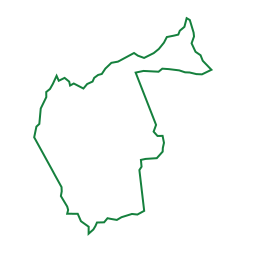 outline of Muliterno, Rio Grande do Sul, Brazil, rotated 78°
{"feature_id": "56859067B58975404223376", "entity_name": "Muliterno", "entity_type": "district", "adm_level": 2, "iso_a3": "BRA", "parent_name": "Brazil", "parent_adm1": "Rio Grande do Sul", "projection": "albers", "projection_center": [-51.789, -28.312], "detail": "fine", "context": "isolated", "style": "outline", "palette": "green", "viewbox_px": 256, "rotation_deg": 78, "n_neighbors": 0, "source": "geoboundaries", "source_scale": "gbopen_adm2", "svg_char_len": 1161}
<svg xmlns="http://www.w3.org/2000/svg" viewBox="0 0 256 256"><g transform="rotate(78 128 128)"><path d="M32.8,47.8L40.8,51.8L43.6,57.1L47.1,59.4L47.2,63.8L47.1,71.1L52.0,75.1L57.1,81.4L60.1,87.3L62.8,97.7L59.3,103.3L55.9,106.5L61.0,124.0L60.8,130.7L65.2,137.8L69.7,142.4L69.9,146.2L71.9,150.6L75.2,153.0L76.5,158.8L80.1,163.4L76.4,167.9L73.2,171.8L74.4,175.8L70.4,175.9L65.8,179.6L67.4,185.9L62.1,187.0L69.2,192.3L73.6,196.2L75.8,200.5L80.8,201.5L90.8,209.3L105.6,213.9L107.6,217.3L117.6,221.7L152.7,211.1L159.2,209.2L172.0,205.3L176.2,206.0L180.6,207.8L192.2,203.8L195.7,203.6L199.2,205.3L201.5,195.0L209.4,193.4L216.4,187.0L223.2,188.5L220.1,183.0L217.2,180.3L214.0,178.0L215.3,171.0L212.0,166.8L213.5,163.3L215.6,158.0L213.9,152.9L212.9,142.0L214.6,136.8L212.4,129.4L171.5,125.6L168.7,122.8L161.9,122.0L161.9,117.2L163.5,106.1L158.3,99.0L154.8,98.1L150.0,95.9L142.9,95.8L141.9,100.8L136.9,103.7L130.8,99.9L75.4,109.0L75.4,101.0L79.3,86.4L77.1,82.1L78.9,75.8L82.3,65.9L85.4,60.6L86.5,56.2L89.5,49.9L90.9,44.5L88.4,34.3L77.8,40.9L71.9,41.9L67.5,46.1L58.4,48.2L52.2,44.4L48.3,44.0L35.2,45.1L32.8,47.8Z" fill="none" stroke="#15803d" stroke-width="2"/></g></svg>